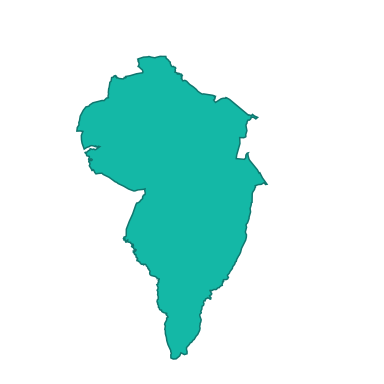 Tuta, Boyacá, Colombia, rotated 64°
{"feature_id": "7082276B48364833791796", "entity_name": "Tuta", "entity_type": "district", "adm_level": 2, "iso_a3": "COL", "parent_name": "Colombia", "parent_adm1": "Boyacá", "projection": "orthographic", "projection_center": [-73.179, 5.679], "detail": "fine", "context": "isolated", "style": "filled", "palette": "teal", "viewbox_px": 384, "rotation_deg": 64, "n_neighbors": 0, "source": "geoboundaries", "source_scale": "gbopen_adm2", "svg_char_len": 6052}
<svg xmlns="http://www.w3.org/2000/svg" viewBox="0 0 384 384"><g transform="rotate(64 192 192)"><path d="M133.6,270.4L134.2,268.2L135.6,264.7L137.3,264.1L142.4,260.1L149.1,256.6L150.4,255.4L152.0,254.7L156.7,250.9L161.5,247.7L165.5,243.9L166.0,242.9L166.4,239.7L168.3,234.6L168.6,232.9L169.9,233.8L172.0,234.3L173.3,235.1L173.7,235.5L173.6,237.0L174.8,238.6L176.3,239.3L176.9,241.6L177.9,243.5L178.0,245.6L177.7,246.6L179.0,248.2L185.7,254.9L190.8,261.1L196.6,267.3L202.5,270.3L203.1,271.4L202.7,272.7L203.8,274.0L204.7,273.1L205.1,274.2L205.4,274.2L205.7,273.4L206.2,273.0L207.2,273.5L208.1,273.4L208.2,272.9L207.1,271.6L207.0,270.9L208.6,271.7L210.1,270.0L210.3,269.3L211.4,269.5L212.0,268.9L213.2,269.1L213.3,268.5L213.0,268.1L213.3,267.8L214.6,268.2L214.2,269.9L214.5,270.2L215.8,269.6L216.1,268.9L217.5,269.2L218.5,269.0L218.7,267.9L219.5,267.6L220.4,268.7L220.1,269.3L219.8,269.2L219.5,269.6L219.6,270.3L219.3,270.6L219.6,270.8L220.4,271.1L220.6,270.5L220.9,270.3L221.6,270.9L222.9,270.9L223.3,270.7L223.3,270.1L223.5,269.9L226.2,270.8L226.9,270.1L227.7,270.4L228.0,270.1L228.9,270.7L228.8,271.1L229.5,271.6L230.3,270.6L230.9,270.6L232.0,269.6L232.9,269.7L234.6,269.2L235.3,268.3L235.3,267.7L236.3,267.3L236.0,266.8L236.5,265.6L237.1,265.3L238.4,265.4L239.7,264.8L241.6,265.1L241.9,264.6L242.9,264.9L244.0,264.5L244.9,264.5L246.3,265.6L247.8,265.9L249.1,265.3L252.0,261.9L253.9,261.1L254.6,261.3L254.8,260.6L255.3,260.5L255.8,259.6L256.4,259.9L257.0,261.3L258.3,261.3L258.7,262.4L259.9,263.1L259.8,264.2L263.0,264.3L264.5,265.4L264.9,266.4L266.8,266.4L267.8,267.1L268.4,267.2L269.1,267.9L271.8,268.3L272.4,268.9L273.4,269.2L273.8,270.5L275.4,271.6L276.8,271.4L277.4,272.0L279.3,271.9L280.9,272.7L281.7,272.3L283.4,272.6L284.3,272.1L284.8,271.2L285.9,271.5L286.6,271.3L288.2,270.1L290.0,267.9L290.4,268.1L290.3,268.8L290.9,269.0L292.8,268.4L293.9,268.4L294.2,270.1L295.5,270.6L296.4,271.5L298.0,273.8L299.1,274.7L300.6,274.6L303.6,276.7L304.7,276.7L307.8,278.1L311.6,278.8L314.5,279.8L318.7,280.5L325.2,280.6L326.2,281.1L327.9,281.2L329.0,282.4L331.9,283.7L333.9,282.1L335.0,279.4L333.9,274.9L331.7,272.4L334.8,270.1L335.2,267.4L333.3,266.4L331.2,266.0L329.4,265.1L328.0,261.6L326.8,259.6L326.9,258.3L325.6,255.9L325.5,254.7L323.3,251.4L322.6,249.4L319.7,245.8L317.8,244.4L316.8,244.3L315.6,243.7L315.0,243.0L313.7,242.4L312.7,241.1L310.9,239.8L306.7,239.3L305.4,238.7L304.7,236.7L304.2,236.4L303.1,236.5L301.7,234.6L299.1,233.0L299.0,231.6L298.7,231.1L297.5,230.2L296.4,230.2L295.0,228.9L295.0,228.5L295.5,227.9L294.0,226.6L294.2,225.7L293.9,224.3L294.5,224.0L294.8,223.2L296.3,222.7L296.4,222.1L295.3,221.3L293.7,221.7L292.8,221.6L292.8,219.5L291.7,218.7L290.7,219.2L289.5,218.5L288.1,219.5L289.3,217.1L289.2,215.0L290.2,213.3L290.2,212.5L289.7,211.7L289.5,210.6L289.9,209.4L289.4,208.7L289.0,207.3L289.2,205.7L288.1,205.4L286.8,203.9L286.2,204.0L285.9,203.5L286.2,203.1L286.1,202.7L284.9,202.5L284.6,202.1L285.7,199.7L285.7,198.1L284.6,196.6L283.7,197.0L282.3,196.6L281.3,194.0L280.2,192.8L278.5,189.3L277.0,188.2L275.8,185.6L275.1,184.7L274.1,184.1L273.8,182.7L272.1,181.3L269.7,177.9L269.4,177.2L267.5,174.8L264.3,172.1L258.8,164.9L256.5,163.0L255.1,162.2L254.0,161.7L252.9,161.9L251.2,161.5L247.6,158.4L245.5,158.0L244.6,157.1L244.1,155.7L240.9,152.4L239.5,151.6L235.6,148.1L232.3,147.0L229.6,144.5L227.7,143.4L227.7,142.6L219.9,138.6L218.8,137.6L217.1,134.7L216.0,133.8L215.3,132.7L214.1,132.5L214.4,129.2L215.5,126.3L215.2,123.2L217.5,122.6L217.9,121.2L210.2,122.5L204.4,122.6L204.5,123.4L200.8,123.5L188.8,126.3L186.9,126.3L183.7,125.6L181.8,124.9L181.5,124.4L181.3,125.3L182.0,126.7L182.4,127.3L184.9,128.8L185.6,130.6L181.4,137.6L178.3,135.6L169.5,127.7L164.0,125.3L165.9,121.7L166.0,119.6L165.8,119.3L163.9,118.5L161.0,115.8L156.0,114.4L154.9,113.6L154.3,112.5L152.9,111.6L151.9,110.0L152.5,109.1L152.3,107.9L151.8,106.8L151.1,106.5L150.6,106.0L152.1,103.8L154.3,102.6L153.7,100.3L151.0,102.6L148.8,103.6L149.3,105.0L148.0,106.8L147.6,107.0L147.7,107.6L125.4,117.6L122.5,119.6L122.0,120.2L122.5,120.6L121.4,122.9L121.0,125.0L121.8,131.6L118.8,132.3L118.3,130.5L116.9,130.1L117.2,129.8L116.3,129.0L115.6,130.1L115.2,129.9L114.1,131.1L108.9,138.6L108.6,139.7L107.1,140.9L104.1,142.6L101.6,143.2L98.2,144.7L94.2,147.0L90.0,148.3L88.5,149.5L88.1,151.5L85.2,151.8L85.1,151.1L84.5,151.1L84.0,150.6L83.0,150.9L83.1,149.7L81.8,149.8L81.2,150.1L80.2,152.1L80.1,151.4L79.8,151.5L79.2,152.4L79.2,153.4L78.3,153.3L76.7,154.8L75.8,153.8L74.2,153.4L73.8,152.5L72.8,152.3L72.0,153.3L71.1,153.5L70.6,154.9L69.9,155.3L67.0,155.2L65.8,154.6L64.2,155.3L63.3,155.3L60.4,156.6L58.7,156.1L56.1,161.2L55.2,165.4L55.2,166.4L52.9,169.6L51.3,171.3L51.2,172.4L49.5,176.5L48.8,181.7L48.8,182.5L50.1,182.4L50.2,182.8L50.8,182.7L51.2,183.2L52.0,183.0L53.9,183.4L55.6,185.4L56.5,184.6L58.6,184.0L60.3,183.1L62.5,183.4L63.2,184.1L61.4,190.1L60.3,196.8L59.1,201.0L59.3,201.2L60.0,200.9L60.2,201.1L60.2,201.9L59.4,202.7L60.2,203.7L60.2,204.3L57.9,207.9L56.7,208.8L56.6,209.5L56.0,209.5L55.6,209.8L55.3,209.5L55.1,209.7L54.9,209.2L53.9,209.7L54.1,210.2L53.6,210.6L53.7,211.7L54.3,212.2L53.9,214.1L56.9,216.1L57.4,217.7L61.8,220.7L62.6,221.6L65.9,223.6L67.2,224.0L69.0,225.4L70.6,225.8L70.1,227.7L71.3,230.9L70.3,232.8L68.4,241.9L68.9,245.6L69.7,247.2L69.0,250.0L70.9,253.9L74.8,259.2L78.8,262.0L79.8,263.2L82.2,264.2L83.7,266.8L86.8,268.8L88.2,265.6L89.7,263.5L92.7,266.7L96.5,268.4L99.9,269.4L106.2,270.1L105.8,267.0L106.2,264.2L105.9,263.2L106.1,262.2L107.3,260.4L108.3,259.6L108.3,258.4L108.7,258.2L109.2,258.4L109.3,257.9L110.2,257.7L109.8,256.1L110.8,255.0L111.7,260.1L111.2,261.0L110.3,261.4L110.1,262.9L108.7,264.2L108.6,264.6L108.7,264.9L109.6,265.6L109.4,266.9L110.1,268.8L109.6,270.5L109.8,270.9L111.5,270.2L112.3,270.6L113.4,270.6L115.0,268.7L115.9,269.1L117.2,270.6L118.3,270.7L118.3,269.4L117.8,268.3L119.0,267.5L119.7,268.2L119.6,269.0L118.9,270.4L119.1,271.3L119.7,271.5L121.4,271.1L122.3,271.6L123.4,272.8L127.1,272.4L128.8,272.5L129.0,271.9L128.4,271.3L128.9,270.8L131.8,270.8L133.6,270.4Z" fill="#14b8a6" stroke="#0f766e" stroke-width="1.5"/></g></svg>